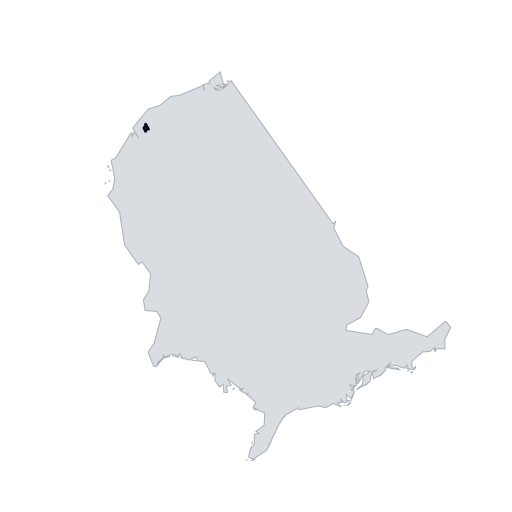 Colusa, California, United States of America (highlighted), rotated 63°
{"feature_id": "52423323B21715725601403", "entity_name": "Colusa", "entity_type": "district", "adm_level": 2, "iso_a3": "USA", "parent_name": "United States of America", "parent_adm1": "California", "projection": "orthographic", "projection_center": [-122.228, 39.169], "detail": "fine", "context": "in_parent", "style": "filled", "palette": "ink", "viewbox_px": 512, "rotation_deg": 63, "n_neighbors": 0, "source": "geoboundaries", "source_scale": "gbopen_adm2", "svg_char_len": 4421}
<svg xmlns="http://www.w3.org/2000/svg" viewBox="0 0 512 512"><g transform="rotate(63 256 256)"><path d="M389.6,155.3L405.7,140.1L400.1,116.7L408.0,114.8L416.0,125.6L424.5,129.8L420.3,137.8L421.4,140.1L418.6,138.4L420.0,144.1L417.1,151.2L420.7,165.1L426.5,167.6L428.1,165.5L426.3,163.8L427.5,164.3L429.1,166.5L424.5,172.6L421.9,170.8L423.4,174.8L417.1,180.7L414.5,189.1L413.6,186.0L412.1,184.7L414.2,191.9L416.3,192.0L418.6,197.7L418.6,207.0L412.5,205.4L412.6,199.5L411.5,204.3L415.1,208.4L418.1,210.1L420.0,212.9L420.8,227.3L418.8,219.3L411.7,215.1L410.6,206.4L408.0,211.0L414.5,220.6L409.3,219.7L408.2,220.9L407.7,216.9L407.2,215.9L407.2,219.3L408.2,221.5L415.7,222.0L415.4,224.7L411.2,222.6L409.9,222.6L415.2,225.0L416.9,225.0L417.4,228.1L414.7,227.2L419.3,229.4L418.9,230.4L416.7,229.2L412.7,230.5L418.8,231.6L421.5,229.7L428.7,237.6L422.9,231.7L425.9,236.0L420.3,238.3L426.2,240.7L427.4,238.2L427.1,244.0L421.5,245.7L425.5,246.0L423.9,249.9L427.7,249.5L422.6,254.1L422.7,263.0L418.0,268.2L412.6,287.4L410.6,286.7L411.0,301.0L411.7,304.1L416.8,312.3L434.0,334.9L435.7,350.7L431.7,353.9L425.2,348.5L422.5,342.6L414.1,338.4L415.1,334.0L412.2,335.7L410.3,325.5L400.1,319.6L389.7,327.3L386.0,322.7L374.7,327.3L375.4,324.5L374.1,327.5L369.3,330.8L367.9,326.5L368.0,329.9L352.4,337.2L359.8,336.7L358.6,341.6L364.8,343.4L362.8,346.5L355.6,343.6L356.3,347.8L347.9,349.2L342.0,345.7L340.0,349.4L327.0,349.6L321.4,357.6L322.8,355.4L318.6,355.2L318.3,362.9L311.8,369.7L313.3,367.8L308.2,368.6L310.4,370.5L305.2,375.2L304.6,383.6L301.7,383.1L304.4,384.6L306.2,391.6L309.4,395.2L307.9,397.2L292.6,395.8L287.4,386.2L268.3,369.0L260.3,369.6L254.2,379.6L243.9,376.1L238.2,367.1L224.0,358.0L209.5,360.3L210.0,364.7L186.6,368.1L154.7,357.6L134.8,360.7L131.6,353.4L122.7,346.6L105.0,341.6L104.8,336.2L89.9,312.2L90.3,309.7L93.2,312.8L91.3,307.6L97.5,307.1L85.9,307.7L76.1,285.0L78.2,273.1L75.1,259.5L78.2,250.9L79.9,225.8L85.1,226.6L79.3,225.2L81.0,218.5L79.0,218.6L75.6,204.4L88.3,207.0L85.9,214.4L90.0,209.2L89.6,215.4L86.6,216.9L88.8,217.2L91.1,214.6L91.9,208.3L88.3,198.6L262.4,172.7L261.1,169.2L266.4,174.0L286.8,174.0L303.4,164.8L334.1,170.0L337.0,173.6L348.1,176.2L358.3,190.8L358.7,206.6L363.3,209.5L378.6,188.2L374.8,182.8L375.9,180.7L386.1,173.9L389.6,155.3ZM420.6,181.7L423.2,178.9L414.8,190.2L420.9,179.5L420.6,181.7ZM89.3,204.6L91.1,208.5L91.0,209.2L88.6,206.2L89.3,204.6ZM308.9,394.0L305.8,388.3L305.2,384.7L306.3,388.4L308.9,394.0ZM421.2,137.6L422.3,139.4L421.7,139.3L421.2,137.6ZM342.6,347.5L343.3,348.9L341.7,348.2L342.6,347.5ZM112.0,347.5L113.9,346.6L114.1,346.8L112.0,347.5ZM109.8,346.9L109.0,348.0L108.3,347.1L109.8,346.9ZM427.2,170.8L427.1,172.6L426.7,172.4L427.2,170.8ZM305.7,381.1L305.2,384.3L306.6,378.0L305.7,381.1ZM428.7,327.3L432.0,331.8L428.2,326.9L428.7,327.3ZM122.5,352.0L123.4,353.5L122.4,352.1L122.5,352.0ZM436.6,351.1L435.8,353.5L436.9,348.8L436.6,351.1ZM430.7,240.5L430.4,243.4L429.1,237.9L430.7,240.5ZM87.6,201.4L87.6,202.5L86.9,202.0L87.6,201.4ZM310.7,371.6L308.3,373.7L310.7,371.1L310.7,371.6ZM430.2,169.2L430.9,170.5L429.9,170.8L430.2,169.2ZM122.6,356.4L123.4,358.3L122.4,356.6L122.6,356.4ZM307.9,375.0L306.9,376.0L307.6,374.6L307.9,375.0ZM420.6,215.4L420.6,219.0L420.2,214.3L420.6,215.4ZM320.8,359.1L319.4,360.8L321.4,358.0L320.8,359.1ZM411.8,302.2L412.3,304.6L411.6,303.1L411.8,302.2ZM428.3,249.6L428.1,250.3L428.6,247.8L428.3,249.6ZM393.6,324.9L392.1,327.0L391.3,327.1L393.6,324.9ZM368.4,330.7L368.2,331.2L367.1,331.6L368.4,330.7ZM420.5,343.8L421.3,345.2L420.1,343.7L420.5,343.8ZM364.3,336.0L364.5,337.6L363.6,335.0L364.3,336.0ZM433.7,357.1L432.7,357.8L434.0,356.6L433.7,357.1ZM418.9,198.8L419.0,200.5L418.7,198.1L418.9,198.8ZM429.6,244.5L429.3,245.3L429.1,245.3L429.6,244.5Z" fill="#d9dde1" stroke="#a8b0b8" stroke-width="1"/><path d="M88.1,293.9L87.7,293.9L88.0,294.0L87.9,294.3L87.8,294.6L87.9,294.8L88.5,295.3L88.6,295.5L88.9,295.5L89.3,295.6L89.8,295.6L89.9,295.8L90.1,296.0L90.1,296.3L89.9,296.3L89.9,296.5L90.0,296.9L89.9,297.1L90.1,297.2L90.4,297.5L90.6,297.5L90.5,297.8L90.6,298.1L90.9,298.3L91.1,298.4L95.0,298.4L95.0,298.1L95.1,297.9L95.3,297.7L95.1,297.6L95.1,297.4L95.0,297.2L94.9,297.0L94.6,297.0L94.6,296.7L94.4,296.5L94.2,296.3L94.4,296.3L94.2,295.9L94.3,295.7L94.2,295.3L94.2,295.0L94.4,294.9L94.5,294.7L94.6,294.3L94.5,294.1L94.6,293.9L93.7,293.9L93.7,293.7L92.7,293.6L92.7,293.9L92.3,293.9L89.2,293.8L88.1,293.9Z" fill="#0f172a" stroke="#020617" stroke-width="1.5"/></g></svg>